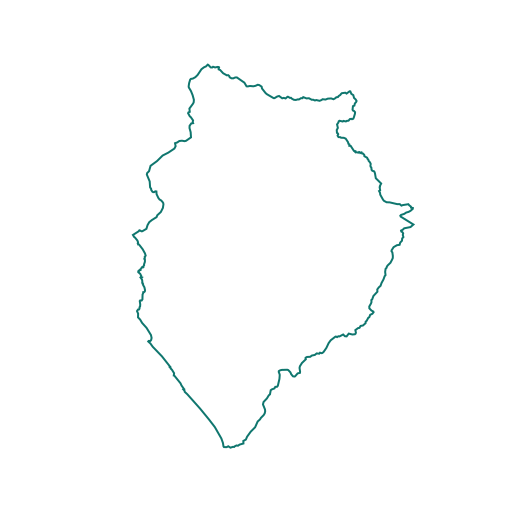 outline of Ica, Ica, Peru, rotated 23°
{"feature_id": "86281439B40725623046053", "entity_name": "Ica", "entity_type": "district", "adm_level": 2, "iso_a3": "PER", "parent_name": "Peru", "parent_adm1": "Ica", "projection": "orthographic", "projection_center": [-75.617, -14.336], "detail": "fine", "context": "isolated", "style": "outline", "palette": "teal", "viewbox_px": 512, "rotation_deg": 23, "n_neighbors": 0, "source": "geoboundaries", "source_scale": "gbopen_adm2", "svg_char_len": 6068}
<svg xmlns="http://www.w3.org/2000/svg" viewBox="0 0 512 512"><g transform="rotate(23 256 256)"><path d="M282.7,69.9L280.4,69.5L278.5,67.6L277.8,67.8L275.9,71.1L274.4,70.8L271.4,72.6L270.9,73.7L270.7,74.8L269.6,76.4L269.3,77.7L267.9,78.5L267.4,79.7L266.1,81.4L263.6,81.6L260.6,83.1L258.9,84.8L256.0,85.7L255.4,86.8L253.9,88.3L250.5,88.9L249.5,89.8L247.6,89.8L246.3,90.4L243.1,90.1L240.9,91.2L237.4,91.3L237.1,92.6L235.8,93.1L234.3,95.2L233.4,95.4L231.7,96.8L229.9,97.4L227.6,97.2L226.4,96.7L225.4,97.2L223.4,96.9L222.8,97.1L221.7,99.4L219.8,99.6L218.5,100.6L214.7,99.7L213.2,100.9L211.4,103.4L210.5,103.8L202.8,102.8L201.2,102.3L196.1,99.5L195.0,97.9L192.2,97.4L190.7,97.7L189.1,99.5L187.3,100.8L183.9,101.9L182.2,103.1L181.0,103.5L177.6,101.0L168.6,99.1L167.1,99.8L165.6,101.4L164.1,102.0L162.0,101.8L161.0,100.8L159.7,100.4L158.6,101.1L154.3,100.6L150.3,98.8L148.7,98.8L148.3,98.2L148.4,97.0L147.9,96.6L146.7,97.0L144.7,98.4L142.5,98.6L142.0,99.6L140.6,100.1L137.4,98.7L136.8,98.7L135.9,101.0L134.4,102.6L132.8,105.4L131.5,112.2L130.3,115.1L128.5,117.4L126.9,118.4L126.5,119.4L126.9,123.0L127.7,126.1L128.3,127.1L131.7,129.6L134.8,132.7L137.8,136.5L138.6,138.9L138.5,140.4L137.1,146.3L138.7,149.2L137.7,150.2L137.7,151.1L140.5,153.3L141.8,153.7L145.1,155.8L145.4,157.4L146.2,158.3L144.6,159.3L144.0,162.1L144.8,164.2L147.5,167.6L149.8,172.2L146.6,177.3L145.4,178.2L142.8,178.8L140.5,180.1L139.1,182.3L137.4,183.8L139.1,186.3L138.9,189.0L134.9,195.1L130.8,200.0L127.8,207.3L123.7,214.2L124.4,219.7L123.4,222.2L123.7,223.7L129.0,228.9L131.4,233.6L131.8,234.3L133.1,235.0L133.7,236.1L135.5,237.3L136.3,237.4L137.3,237.0L138.0,235.8L139.1,235.5L140.3,237.9L143.4,240.7L145.2,241.7L146.9,241.9L148.7,242.7L149.9,243.5L150.6,244.6L151.5,248.1L151.2,252.7L149.2,257.1L149.3,259.0L146.1,263.6L144.5,266.6L144.1,270.0L144.5,273.8L141.7,277.6L141.0,278.0L138.8,277.8L138.5,278.1L138.4,279.0L134.5,284.7L136.4,286.1L137.4,286.3L140.8,288.1L142.1,289.5L142.2,290.5L142.7,290.7L142.9,291.2L143.2,291.0L144.7,291.6L149.1,294.1L152.8,297.0L154.3,298.8L153.9,300.4L154.5,301.2L154.3,302.3L155.2,302.8L156.0,304.8L156.2,307.5L156.6,308.2L156.3,309.5L156.6,310.0L156.0,310.4L156.2,310.7L155.3,311.2L155.2,312.6L154.4,314.2L154.8,314.4L154.0,315.0L153.6,316.0L154.3,316.4L154.2,317.0L156.3,317.6L158.3,319.3L158.1,320.6L159.3,320.4L158.9,321.4L160.3,322.3L161.2,323.6L161.6,324.8L162.0,325.0L162.0,325.4L162.5,325.9L163.0,325.9L163.5,326.9L165.5,328.4L167.2,330.8L167.5,332.1L167.1,332.9L166.3,333.4L166.7,334.3L166.6,335.7L168.4,340.3L168.1,341.7L166.8,342.1L166.6,342.9L168.3,345.7L169.0,347.7L168.8,348.6L169.3,350.0L169.2,350.9L168.3,351.4L168.0,353.2L170.0,355.1L171.4,358.6L174.2,359.8L177.3,362.1L183.3,364.9L190.2,369.8L191.9,372.2L192.3,374.3L192.0,375.4L190.4,376.1L190.2,376.8L193.0,377.8L196.4,379.9L208.6,385.1L219.5,391.1L219.7,391.7L220.2,391.6L220.2,392.1L221.5,392.6L221.6,393.0L223.0,393.5L226.4,395.9L227.0,398.1L227.5,398.0L236.3,402.7L238.0,404.3L241.4,406.4L241.2,406.9L241.7,406.9L241.5,407.3L242.8,407.9L243.5,408.9L246.8,410.1L264.3,418.4L276.5,424.8L285.0,429.6L295.4,437.5L298.6,441.0L300.5,444.0L301.2,444.4L303.7,443.4L304.8,442.0L307.4,442.4L309.3,440.7L310.5,440.3L310.8,439.5L312.1,438.0L313.5,437.7L314.6,436.0L317.7,433.5L316.6,431.2L318.4,428.9L318.4,425.8L319.8,419.7L322.1,414.0L322.2,407.7L323.5,404.9L323.8,403.0L325.2,399.5L325.5,397.5L325.1,395.3L324.2,393.7L320.4,389.9L320.0,387.4L321.7,382.8L322.2,379.3L322.9,377.9L322.0,373.8L322.7,372.6L324.7,370.7L324.9,368.9L326.4,368.2L326.8,366.9L325.6,360.0L324.5,356.7L324.0,355.7L322.2,353.8L322.0,353.0L322.9,351.8L324.2,350.8L329.2,348.5L330.3,348.4L333.2,349.7L334.5,351.0L337.0,352.3L338.4,352.0L339.0,351.5L340.2,347.8L342.1,346.4L341.8,345.3L339.8,342.0L339.5,340.3L340.1,336.5L342.2,331.6L341.4,330.6L341.6,330.0L342.4,329.0L345.3,327.6L346.3,325.8L348.8,324.1L349.9,322.0L352.4,321.2L352.7,320.0L354.4,319.8L355.0,319.3L355.7,317.9L356.7,313.1L356.9,307.8L357.7,304.4L360.5,299.4L361.0,298.9L362.3,299.0L363.2,297.7L364.3,297.4L366.9,294.2L369.2,295.1L370.8,294.6L371.7,291.2L375.4,290.6L377.6,289.4L378.0,288.6L377.9,287.5L376.4,285.4L378.1,282.5L379.3,281.7L379.6,279.5L381.6,278.2L383.1,275.0L382.6,273.6L383.2,272.4L383.5,269.0L384.2,268.1L384.1,265.5L385.7,263.7L386.2,261.8L385.7,261.3L383.6,261.1L380.8,259.9L380.0,258.2L380.4,254.8L380.3,253.3L379.4,251.5L379.9,250.5L379.7,246.9L381.7,241.4L380.7,239.4L381.3,236.9L382.3,234.8L382.1,231.8L382.5,227.8L382.3,224.3L382.7,223.0L381.1,220.2L380.3,217.2L380.8,215.8L380.6,214.6L380.9,213.2L382.4,209.7L382.7,206.0L382.7,204.4L381.9,202.4L380.1,199.4L378.9,198.7L378.6,197.8L379.2,194.1L381.5,191.0L383.8,189.6L383.5,187.3L384.4,184.9L383.7,182.7L384.3,181.0L382.9,179.3L382.6,177.6L381.4,176.8L380.2,176.7L379.6,175.9L380.8,174.5L381.6,172.6L386.9,169.0L388.6,165.5L373.8,163.2L373.1,162.5L373.5,161.5L376.0,159.3L377.3,157.3L379.2,155.8L380.6,154.0L381.9,151.3L381.6,150.5L379.8,150.9L379.3,150.0L377.3,149.5L376.0,148.8L371.2,151.8L370.2,152.8L368.1,152.1L365.6,153.1L358.1,154.4L355.2,155.5L352.2,155.2L350.9,154.5L346.4,151.0L345.5,149.4L343.9,148.1L344.6,147.0L342.9,144.3L343.1,143.8L342.7,143.1L342.9,140.4L335.9,137.6L333.2,133.4L332.2,132.3L331.6,131.9L329.8,132.1L328.7,131.5L327.6,129.5L326.6,129.0L326.1,128.3L325.6,126.4L324.4,125.3L322.5,124.4L321.6,123.3L320.8,123.1L319.9,122.1L316.8,121.8L316.1,120.6L314.5,119.9L313.6,120.2L312.7,119.4L311.7,120.5L310.8,119.9L310.2,120.0L309.8,120.9L307.9,121.2L307.3,121.7L306.5,121.4L306.4,120.7L305.1,121.0L300.2,117.7L298.8,118.1L298.4,116.8L297.2,116.6L296.3,115.3L292.7,112.9L290.6,112.9L288.1,113.9L287.2,113.7L285.5,114.3L284.4,113.6L284.0,113.2L284.1,111.8L283.5,111.2L282.4,111.0L281.1,108.5L281.3,106.1L279.2,103.2L279.7,100.9L279.5,99.7L280.0,98.9L283.3,98.3L283.7,97.5L286.2,97.0L286.7,96.2L288.3,95.3L288.9,93.3L290.1,92.5L290.9,92.6L291.4,92.1L291.9,91.6L291.9,90.1L291.5,86.4L291.0,84.9L289.5,84.2L288.4,84.2L287.7,83.6L286.7,80.2L287.8,79.1L287.4,77.0L288.0,75.1L288.0,74.0L286.5,72.9L284.5,72.2L282.7,69.9Z" fill="none" stroke="#0f766e" stroke-width="2"/></g></svg>